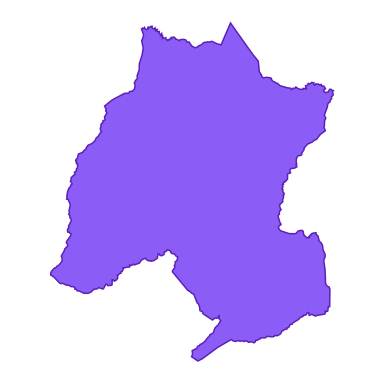 Montepuez, Cabo Delgado, Mozambique
{"feature_id": "85939544B74766547400417", "entity_name": "Montepuez", "entity_type": "district", "adm_level": 2, "iso_a3": "MOZ", "parent_name": "Mozambique", "parent_adm1": "Cabo Delgado", "projection": "albers", "projection_center": [38.773, -12.625], "detail": "fine", "context": "isolated", "style": "filled", "palette": "violet", "viewbox_px": 384, "rotation_deg": 0, "n_neighbors": 0, "source": "geoboundaries", "source_scale": "gbopen_adm2", "svg_char_len": 5898}
<svg xmlns="http://www.w3.org/2000/svg" viewBox="0 0 384 384"><path d="M316.0,232.7L312.2,233.3L311.4,234.0L311.5,234.7L310.5,234.8L309.3,236.3L309.4,237.3L308.5,237.0L308.3,237.7L307.0,237.9L303.8,234.9L303.1,231.2L302.0,230.3L299.1,230.7L297.9,231.2L296.0,233.5L294.0,233.7L289.1,233.6L280.4,230.7L278.4,227.9L279.1,225.8L281.0,224.6L281.0,224.0L280.0,222.7L278.0,215.9L279.4,214.0L279.2,212.7L280.3,210.2L281.1,209.6L280.1,207.9L279.5,205.0L282.8,201.7L282.6,200.1L283.6,196.8L283.3,194.9L284.2,194.3L283.7,192.6L282.8,191.8L282.9,189.5L282.2,189.3L282.4,187.3L283.0,187.0L282.3,184.8L283.4,184.5L283.1,183.1L284.6,182.2L284.3,181.5L285.8,181.2L287.5,179.1L287.6,174.1L288.3,173.4L289.9,173.3L290.6,172.6L289.9,171.0L290.1,169.5L290.8,168.5L294.0,168.3L296.7,167.0L296.8,166.0L295.9,165.0L296.8,163.9L296.2,162.6L296.3,159.5L297.0,157.4L298.1,155.7L300.7,155.5L301.8,154.6L301.7,153.2L304.0,149.7L304.3,147.7L307.8,144.0L312.4,142.0L313.6,140.7L316.6,139.3L320.2,134.6L325.4,130.7L323.9,127.2L324.4,125.9L324.5,121.3L325.8,118.1L324.3,115.3L327.3,107.2L327.6,104.7L328.5,102.9L329.9,102.1L330.4,100.1L331.6,98.7L331.4,96.8L333.0,95.4L333.2,93.9L332.4,91.9L333.3,90.6L332.1,90.4L330.9,89.2L329.5,89.4L328.4,91.8L325.6,92.7L323.5,90.8L323.7,90.0L325.5,88.8L324.0,86.2L321.5,85.8L321.3,84.5L319.5,84.9L318.2,83.9L317.6,84.3L316.0,83.8L314.7,85.1L313.8,84.3L313.9,82.8L311.7,82.4L310.1,83.9L308.3,83.4L307.2,85.4L305.5,85.8L306.4,88.8L304.8,88.4L303.8,89.0L303.1,88.4L302.4,89.5L300.9,89.4L298.0,88.6L295.9,87.0L294.7,88.3L292.9,88.3L291.3,89.6L290.6,88.2L287.3,87.8L280.0,85.7L277.5,83.3L275.6,83.0L275.0,82.1L272.7,81.2L271.2,79.1L271.4,78.4L270.5,77.9L266.8,77.3L263.1,77.8L262.0,76.9L261.4,74.9L259.3,71.7L258.3,61.2L252.4,53.9L230.5,23.0L221.1,44.8L217.4,43.9L211.7,41.3L208.8,42.2L207.7,41.7L206.6,42.4L204.8,42.2L203.0,43.1L201.4,44.8L198.5,45.9L197.5,47.0L195.0,47.8L191.8,46.0L189.1,42.0L187.0,41.9L185.6,39.8L183.4,39.4L180.2,39.6L179.4,40.7L176.7,39.2L175.6,39.2L174.9,37.7L173.4,37.0L172.4,37.5L171.3,37.4L171.4,38.6L170.5,38.3L169.2,40.1L168.2,39.5L167.6,40.5L165.7,38.8L165.8,37.8L164.9,38.3L163.2,37.5L162.5,38.3L162.5,35.4L161.0,35.8L161.6,34.9L161.6,33.6L160.9,34.4L160.0,34.1L159.2,33.2L159.3,31.5L158.0,31.8L157.5,31.1L156.4,31.0L156.8,30.3L155.4,30.5L155.3,29.9L156.3,29.4L155.2,29.3L155.0,27.9L153.9,29.0L151.9,27.8L152.2,26.3L150.5,26.5L149.6,27.6L148.2,27.0L147.7,28.0L148.1,28.9L146.7,29.7L144.8,28.4L144.5,27.5L143.6,28.6L142.7,28.1L142.3,28.8L141.5,28.9L143.5,34.6L143.3,36.7L141.7,40.8L143.2,48.0L142.1,55.0L139.3,63.8L139.2,69.7L137.1,75.7L137.4,78.4L135.6,80.4L134.3,83.0L135.1,85.2L134.7,88.6L132.7,91.0L129.5,91.6L128.8,93.1L124.4,93.4L112.1,100.0L104.6,106.0L106.1,109.6L105.7,110.8L106.9,112.8L104.5,116.9L105.1,119.9L103.0,120.7L102.6,123.0L101.5,123.5L100.8,125.2L101.1,126.3L100.3,128.1L100.6,130.7L101.7,131.7L99.8,133.5L98.1,136.5L96.3,137.8L95.0,140.7L93.7,142.0L91.9,143.5L88.1,145.2L86.2,147.8L86.1,149.1L84.0,150.4L82.6,152.4L78.4,154.0L77.5,157.9L75.6,160.2L75.7,160.9L76.5,161.2L76.2,162.5L76.6,163.7L77.3,163.4L77.7,164.4L77.3,168.2L76.5,168.8L76.2,171.0L74.4,172.3L75.2,173.9L71.1,177.6L71.2,179.3L70.4,181.3L72.0,183.6L71.8,184.5L70.8,185.1L70.3,186.9L69.0,188.0L67.5,191.9L66.8,196.3L67.1,197.4L66.6,199.1L68.1,199.3L70.3,204.7L69.0,210.9L69.4,213.1L68.7,214.4L70.0,215.8L69.8,217.6L71.1,219.2L71.4,220.5L68.5,226.2L69.0,227.7L67.8,228.8L67.4,230.5L67.8,232.2L69.6,232.2L69.9,233.3L71.0,233.9L71.0,235.1L66.4,241.8L66.4,242.9L67.7,244.7L67.6,246.0L64.6,249.1L64.4,250.5L61.3,256.0L62.1,258.3L62.0,261.3L59.0,265.0L57.0,266.2L55.8,267.7L54.6,267.9L51.7,271.0L50.7,273.0L50.7,275.0L53.8,276.9L59.3,282.8L61.2,283.7L62.5,283.3L66.3,285.1L69.1,285.3L70.7,286.5L74.2,286.9L74.9,288.0L74.9,289.2L76.2,289.3L77.3,290.9L79.2,291.0L84.2,293.4L85.6,292.9L86.1,293.4L88.2,293.3L90.9,292.1L94.0,289.2L97.5,288.8L98.5,287.5L102.6,289.0L103.5,288.7L105.8,284.3L107.0,284.4L107.9,285.7L111.7,285.2L112.1,284.4L112.2,279.7L113.3,279.8L114.3,281.2L116.7,279.8L117.8,277.8L117.3,275.3L118.4,275.1L119.3,273.6L120.9,273.3L121.1,271.7L122.1,271.6L123.1,269.7L123.0,267.7L124.1,268.1L126.9,267.1L129.2,267.1L129.9,266.6L129.6,265.1L131.9,265.3L133.4,264.1L134.4,264.9L139.4,263.1L141.4,260.2L144.5,258.5L145.7,258.5L146.7,259.9L149.3,261.0L150.1,260.6L151.3,261.2L153.9,260.6L157.3,258.2L158.1,253.9L159.4,254.1L159.9,255.3L161.6,255.8L164.0,254.5L164.2,252.4L166.8,250.8L167.4,249.7L169.9,250.6L170.6,251.4L170.6,252.2L171.9,253.4L174.8,254.3L175.9,256.0L177.7,257.0L177.0,260.5L175.1,261.9L175.2,264.5L174.3,265.6L174.9,267.5L172.4,270.8L172.6,272.0L187.9,290.5L189.6,291.2L191.4,293.0L193.8,294.3L197.2,303.0L198.3,303.7L199.6,306.9L199.9,310.6L202.4,311.8L203.1,313.8L212.5,320.0L215.7,317.7L216.7,318.3L217.8,317.9L219.2,315.1L219.1,318.8L220.7,320.7L218.0,325.0L215.0,327.9L213.1,333.0L209.8,334.8L209.0,336.8L207.9,337.4L204.6,341.7L201.3,344.1L200.3,344.2L199.3,345.6L197.5,346.3L196.9,348.4L192.2,350.5L192.5,354.4L191.6,356.7L197.9,361.0L202.7,358.5L217.8,347.3L231.3,339.5L232.6,340.6L235.3,341.5L237.9,340.6L239.9,341.2L242.0,340.8L244.3,341.5L246.3,340.7L248.5,342.3L251.4,341.8L254.1,342.8L255.3,341.8L255.6,340.4L257.4,340.3L258.7,339.2L260.0,339.0L261.1,337.8L264.7,337.9L266.0,337.5L267.0,336.3L272.3,336.9L274.3,336.3L275.0,335.3L277.0,335.8L279.7,334.5L280.9,333.4L281.8,331.1L283.6,330.4L283.9,329.7L286.9,329.0L286.7,328.0L287.7,327.9L289.2,326.7L290.0,324.5L292.3,324.1L292.8,322.9L298.8,319.3L300.0,317.7L303.0,316.4L303.2,315.3L304.7,315.3L306.3,314.6L307.5,312.5L308.6,312.8L309.3,315.4L311.6,314.4L315.7,316.1L316.6,315.5L324.2,314.2L325.1,313.7L325.2,311.2L326.1,311.7L327.7,311.2L328.4,306.7L329.7,306.6L329.9,289.5L329.3,287.2L326.7,285.7L325.6,283.6L325.0,269.1L323.7,260.3L325.1,256.9L325.1,254.2L323.1,249.9L322.5,245.2L321.2,242.9L319.2,241.0L318.0,236.0L316.0,234.3L316.0,232.7Z" fill="#8b5cf6" stroke="#5b21b6" stroke-width="1.5"/></svg>